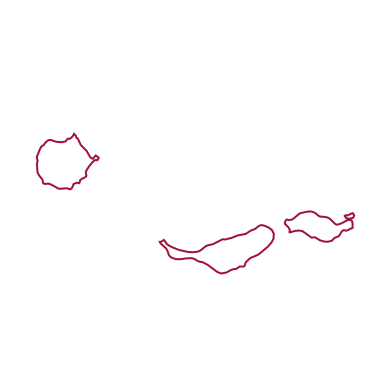 SVG path tracing the border of Las Palmas, rotated 46°
{"feature_id": "ESP-5829", "entity_name": "Las Palmas", "entity_type": "Autonomous Community", "adm_level": 1, "iso_a3": "ESP", "parent_name": "Spain", "parent_adm1": "", "projection": "albers", "projection_center": [-14.437, 28.512], "detail": "fine", "context": "isolated", "style": "outline", "palette": "rose", "viewbox_px": 384, "rotation_deg": 46, "n_neighbors": 0, "source": "natural_earth", "source_scale": "10m", "svg_char_len": 2735}
<svg xmlns="http://www.w3.org/2000/svg" viewBox="0 0 384 384"><g transform="rotate(46 192 192)"><path d="M266.6,163.3L270.9,161.5L275.0,160.9L278.9,162.2L282.3,165.9L283.6,170.2L284.0,176.1L283.2,187.2L282.4,189.9L280.4,194.8L280.0,196.6L279.9,201.0L280.0,202.4L280.4,203.2L281.5,205.0L281.6,206.0L281.1,207.2L279.0,209.1L278.6,209.9L278.5,211.1L278.3,212.4L278.0,213.5L276.0,216.3L275.1,218.5L273.9,222.9L271.3,227.2L267.5,229.3L255.4,231.3L250.2,233.0L246.3,235.6L241.8,236.8L239.4,238.2L235.7,242.3L232.7,246.6L229.2,250.2L224.4,252.5L221.5,252.5L217.0,250.4L214.6,249.8L207.0,250.3L205.6,249.8L206.1,249.4L206.5,247.8L206.9,246.3L206.8,245.7L207.6,245.5L211.5,246.2L213.8,246.0L218.0,244.6L224.7,241.6L232.8,236.2L236.2,232.9L238.0,230.6L239.3,228.5L240.0,226.0L240.6,219.5L241.6,217.2L244.1,213.2L246.9,204.0L247.5,202.5L249.0,201.4L252.4,195.7L255.0,189.3L259.4,182.6L260.7,176.2L262.4,172.2L262.9,167.5L263.5,165.8L264.7,164.5L266.6,163.3ZM104.1,254.7L105.0,255.5L106.9,256.6L107.3,257.4L107.0,259.5L106.1,261.8L105.8,264.2L107.2,266.3L107.2,267.2L106.0,267.8L105.1,268.9L104.0,271.7L105.0,273.5L105.7,275.9L105.5,277.9L103.6,278.7L102.1,279.7L98.4,284.3L96.8,285.7L88.7,288.2L87.4,288.9L86.8,289.0L83.7,292.4L82.4,293.0L81.2,292.4L80.1,291.4L79.0,290.9L74.0,290.5L71.8,289.9L70.0,289.1L63.8,283.7L62.9,282.4L62.5,281.5L60.1,280.1L59.0,279.2L58.6,278.5L55.3,271.0L54.6,268.3L55.3,265.8L54.8,264.3L54.7,262.3L54.8,260.2L55.3,258.7L56.4,257.5L60.9,255.1L63.0,253.6L65.9,250.9L67.8,247.7L67.3,244.5L68.6,243.4L69.1,241.0L68.9,238.4L68.2,236.5L69.5,236.5L70.7,236.5L71.8,236.9L72.9,237.5L74.5,237.1L80.7,239.3L89.4,239.3L96.5,241.1L99.2,240.3L98.9,235.9L102.2,235.3L102.7,235.5L103.3,237.2L103.3,238.2L102.3,238.6L101.5,240.2L101.5,243.7L102.2,248.9L102.5,249.8L102.7,251.3L103.2,253.1L104.1,254.7ZM321.9,97.4L323.9,97.0L326.1,98.3L329.4,101.4L328.3,104.0L327.8,106.2L327.0,107.9L324.8,109.4L324.4,111.4L324.8,113.2L325.4,115.1L325.6,117.4L325.4,118.3L324.5,120.1L324.1,121.1L324.0,122.1L324.2,124.4L324.1,125.5L322.3,128.7L319.1,131.6L315.4,133.6L310.0,135.0L308.9,136.3L308.1,137.5L306.7,138.0L304.9,138.2L302.3,138.8L300.5,139.0L296.5,139.9L293.5,142.3L291.1,145.7L289.1,149.7L288.4,149.7L287.2,147.9L284.8,147.2L279.4,147.2L278.5,146.5L277.8,144.9L277.5,143.4L277.9,142.7L279.1,142.2L280.1,141.2L281.3,139.1L281.7,137.0L282.1,130.5L282.5,128.8L286.3,122.6L288.2,120.4L289.8,119.2L291.7,118.3L293.9,117.8L296.4,117.6L298.5,117.0L302.3,113.7L304.6,112.2L306.7,111.5L308.5,111.3L314.3,111.2L315.9,110.7L317.1,109.1L318.5,105.9L319.7,101.6L320.5,99.4L321.9,97.4ZM321.5,91.6L322.5,94.0L320.9,97.1L318.1,99.2L315.3,98.8L315.3,97.9L317.1,96.0L317.9,93.1L319.0,91.0L321.5,91.6Z" fill="none" stroke="#9f1239" stroke-width="2"/></g></svg>